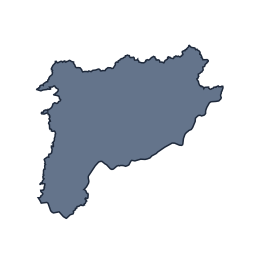 Hinthada, Ayeyarwady, Myanmar, rotated 80°
{"feature_id": "60261553B48695999525720", "entity_name": "Hinthada", "entity_type": "district", "adm_level": 2, "iso_a3": "MMR", "parent_name": "Myanmar", "parent_adm1": "Ayeyarwady", "projection": "orthographic", "projection_center": [95.142, 17.923], "detail": "fine", "context": "isolated", "style": "filled", "palette": "slate", "viewbox_px": 256, "rotation_deg": 80, "n_neighbors": 0, "source": "geoboundaries", "source_scale": "gbopen_adm2", "svg_char_len": 5731}
<svg xmlns="http://www.w3.org/2000/svg" viewBox="0 0 256 256"><g transform="rotate(80 128 128)"><path d="M128.9,53.5L128.6,50.9L128.0,49.9L127.0,49.0L125.5,48.8L123.8,48.2L121.4,46.8L117.5,43.6L116.7,42.2L116.6,41.1L117.1,36.8L117.1,33.9L115.5,31.6L114.4,30.9L112.4,31.2L111.3,31.0L110.0,30.1L108.6,29.8L108.1,29.2L105.0,27.5L103.4,27.4L103.1,28.3L103.6,28.8L103.0,31.6L102.2,31.9L102.6,33.4L103.1,34.1L102.8,34.3L103.1,34.7L102.8,35.5L102.8,36.5L103.5,37.0L103.8,38.8L104.2,39.4L104.2,40.3L102.7,41.6L101.7,41.5L101.3,45.1L101.5,45.8L102.4,46.5L100.7,46.9L99.8,47.9L100.0,48.5L99.8,49.0L99.1,48.9L98.6,50.0L96.2,50.6L94.3,50.6L92.3,51.6L91.5,51.6L91.1,50.5L89.5,49.7L89.3,49.3L88.5,49.6L87.1,49.4L86.7,47.7L85.9,46.9L85.6,45.5L84.5,44.7L84.3,44.2L83.8,43.9L81.0,43.8L80.7,42.1L80.4,41.7L78.8,41.0L77.4,38.7L76.8,38.6L76.7,37.9L76.2,37.4L75.4,37.3L74.4,38.2L73.8,42.4L72.3,42.6L71.3,43.4L71.1,43.0L70.5,43.0L68.2,43.7L67.9,44.5L67.0,44.4L66.6,43.9L65.3,44.1L64.1,44.9L63.3,46.1L62.4,46.4L62.6,47.8L60.8,48.3L59.6,51.7L57.3,53.3L57.4,53.8L58.4,54.0L60.2,56.5L60.7,56.6L60.8,58.0L61.7,58.5L61.5,58.9L62.0,61.1L62.6,61.5L64.9,61.1L65.4,61.4L65.5,62.0L66.5,62.9L66.5,63.7L67.1,64.4L65.9,66.1L66.3,66.5L66.1,67.5L65.4,68.1L65.4,68.7L66.1,69.4L65.9,70.1L67.3,71.0L67.5,71.4L66.6,73.7L65.6,74.4L65.9,75.4L65.2,75.4L64.9,75.8L65.3,76.7L66.4,76.9L67.1,77.4L68.0,79.8L70.0,81.2L70.0,81.7L69.5,82.0L69.5,82.3L69.0,83.1L68.6,85.2L66.9,85.3L66.3,86.0L66.0,86.8L66.3,87.5L65.8,88.5L65.0,88.4L63.4,89.3L62.7,89.2L61.9,90.5L62.6,91.8L62.6,92.5L64.4,94.9L64.6,96.1L64.0,97.2L64.5,98.8L65.2,98.7L65.6,99.1L66.6,101.1L66.1,103.3L64.9,105.8L63.8,105.8L63.0,106.5L61.9,106.5L62.6,107.3L62.4,109.5L62.0,109.8L59.8,109.8L59.2,110.3L59.3,112.1L59.0,112.5L59.1,113.3L58.1,114.1L57.0,114.1L57.0,114.5L56.1,115.8L56.5,117.4L56.4,118.0L57.6,118.6L57.9,120.1L58.6,121.0L58.5,121.9L58.9,123.5L59.6,124.1L60.2,126.0L61.5,126.5L61.0,128.0L62.0,129.3L63.7,129.6L66.6,132.3L66.6,133.6L65.7,134.6L65.1,137.3L66.5,139.9L67.4,140.3L67.5,140.7L67.0,143.2L67.2,143.9L66.9,145.2L65.7,145.5L64.9,146.4L64.8,147.0L65.3,149.9L65.1,152.7L66.1,154.6L65.0,156.7L65.7,157.7L65.3,158.4L64.8,160.9L64.9,162.8L63.4,163.5L62.6,163.5L60.4,164.7L59.8,166.8L59.8,167.9L59.4,168.6L58.6,169.2L56.6,169.5L54.8,170.4L53.6,170.1L52.7,172.1L51.6,173.2L51.2,174.0L51.9,175.8L51.9,177.0L52.4,177.8L51.9,178.5L51.0,178.6L51.0,179.3L51.9,181.0L50.9,181.6L50.7,182.7L51.6,185.9L51.1,186.6L49.9,187.0L49.8,188.0L51.3,188.3L53.3,191.0L56.1,193.1L56.4,192.9L57.3,193.3L57.6,192.7L58.3,192.3L59.3,193.0L60.3,192.7L62.2,193.4L63.9,196.3L64.8,196.8L65.2,197.4L66.2,197.5L66.8,198.6L68.5,199.1L68.3,200.3L69.5,202.9L70.1,203.9L71.2,204.1L70.9,204.4L70.7,205.7L70.9,206.7L71.5,207.6L72.5,207.8L73.1,208.3L72.9,208.9L73.7,209.9L73.6,210.2L73.8,210.9L74.3,211.2L76.3,207.3L75.8,205.0L76.0,201.1L75.6,200.4L76.2,199.0L76.3,197.8L76.2,197.5L75.7,197.4L74.2,198.2L74.5,195.5L73.7,193.5L74.1,192.8L75.6,192.3L75.8,191.8L76.3,191.7L77.3,190.3L78.3,190.0L79.7,190.7L80.3,191.7L80.9,192.1L80.9,192.8L81.7,193.7L82.2,195.3L82.6,195.2L83.7,192.2L84.7,190.6L86.1,190.3L87.4,190.4L88.2,189.4L89.1,189.7L89.8,190.6L89.9,191.7L91.2,192.8L91.5,193.8L90.4,195.8L91.2,197.7L93.4,198.8L94.6,199.8L96.1,202.5L95.8,203.6L97.3,204.1L96.2,204.9L95.9,205.6L96.1,207.1L96.3,207.8L97.7,208.8L97.6,210.3L98.3,210.8L99.0,210.6L99.7,208.2L99.1,204.9L99.5,204.3L101.0,204.2L101.2,203.4L101.6,203.2L102.2,203.0L102.6,203.4L103.1,203.3L103.2,203.0L103.9,203.1L105.3,204.3L105.9,203.7L107.0,203.7L107.1,203.3L107.8,203.3L107.6,204.0L109.1,205.2L109.9,205.4L111.0,204.8L114.9,205.3L115.4,205.1L115.1,204.8L116.3,203.6L117.5,204.0L118.1,203.2L118.3,200.9L119.5,200.4L121.2,200.3L121.5,200.8L123.7,201.3L125.5,202.4L126.2,202.4L127.7,202.8L129.5,204.9L129.7,204.2L131.0,204.3L131.2,204.7L132.8,204.5L133.3,204.7L133.4,204.9L132.5,206.0L132.5,206.6L133.9,206.8L133.9,206.6L136.0,206.5L139.1,207.5L139.9,208.7L140.2,209.6L140.0,210.2L140.9,210.9L143.0,211.1L142.6,212.5L144.0,215.5L144.5,216.0L147.0,215.6L148.3,215.8L148.7,216.2L149.6,215.6L150.0,216.2L151.0,216.7L154.0,216.9L154.0,217.9L155.1,218.6L158.0,219.1L158.9,219.6L159.5,219.5L159.8,219.1L160.8,220.2L162.6,220.4L163.4,219.5L165.6,221.7L166.8,222.0L166.9,223.2L167.7,224.3L168.2,224.4L168.3,223.7L167.6,223.1L167.4,222.2L168.1,221.9L168.0,221.1L168.5,219.7L168.8,219.5L169.5,220.0L170.4,220.0L170.9,220.6L172.2,220.6L172.4,221.1L172.9,221.0L174.0,221.6L174.0,222.1L174.5,222.4L174.2,224.8L175.6,224.8L177.4,223.4L178.2,223.3L179.6,224.8L179.8,225.7L180.8,226.0L181.3,227.0L181.1,228.6L184.1,227.3L186.9,226.5L187.2,220.9L188.2,219.8L196.1,218.5L197.9,217.3L198.7,216.1L198.6,210.4L204.1,207.0L206.2,204.6L206.2,204.2L203.4,200.0L203.0,197.0L201.6,196.2L200.5,196.3L199.3,193.9L198.0,193.7L198.0,192.4L196.5,191.8L196.6,190.1L195.5,187.6L196.1,187.2L196.6,185.6L195.7,184.5L195.9,184.3L195.1,184.2L194.9,183.4L194.2,182.7L192.9,182.1L192.8,181.4L191.7,181.6L191.0,182.5L190.1,182.5L189.6,181.9L190.3,180.2L189.9,179.6L186.6,178.8L185.5,178.9L185.3,179.7L184.5,180.1L182.7,180.4L181.0,181.6L180.9,182.0L178.7,179.1L175.4,176.4L173.7,175.8L170.4,175.8L168.8,175.5L168.1,175.0L159.5,166.8L156.4,162.8L156.1,160.9L156.3,159.5L159.3,156.9L160.4,155.5L165.2,152.4L166.0,151.0L165.9,149.5L163.6,145.6L163.3,143.9L163.8,143.1L163.6,141.8L164.1,139.3L165.3,136.9L164.9,134.8L164.4,133.5L161.1,130.9L160.5,130.0L161.6,126.9L160.9,120.9L161.9,116.7L161.8,114.3L161.2,111.4L159.6,109.4L158.0,104.6L156.8,102.9L153.3,95.2L150.5,87.1L151.0,84.7L153.8,80.4L154.4,78.3L154.0,77.2L153.0,76.7L148.0,75.2L144.1,73.0L142.5,71.1L141.8,69.6L141.1,68.7L140.4,65.9L138.8,64.3L133.2,60.7L130.1,59.9L128.8,58.1L127.9,56.5L128.0,54.7L128.9,53.5Z" fill="#64748b" stroke="#1e293b" stroke-width="1.5"/></g></svg>